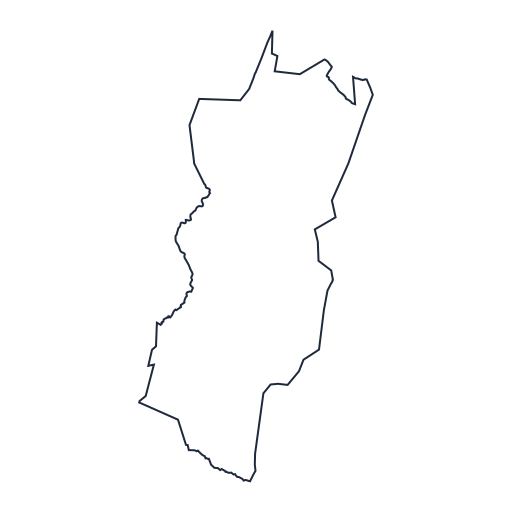 San Felipe Usila, Oaxaca, Mexico (Robinson projection)
{"feature_id": "50627088B9279782447433", "entity_name": "San Felipe Usila", "entity_type": "district", "adm_level": 2, "iso_a3": "MEX", "parent_name": "Mexico", "parent_adm1": "Oaxaca", "projection": "robinson", "projection_center": [-96.517, 17.82], "detail": "fine", "context": "isolated", "style": "outline", "palette": "slate", "viewbox_px": 512, "rotation_deg": 0, "n_neighbors": 0, "source": "geoboundaries", "source_scale": "gbopen_adm2", "svg_char_len": 4616}
<svg xmlns="http://www.w3.org/2000/svg" viewBox="0 0 512 512"><path d="M372.8,94.8L370.3,87.9L366.7,79.5L365.9,79.4L365.7,79.4L364.9,79.3L364.3,79.8L363.3,79.8L362.5,80.1L362.1,79.8L360.4,79.5L359.9,79.1L359.2,79.1L357.8,78.5L357.1,78.4L356.7,78.4L356.2,78.5L355.3,78.2L354.2,77.6L353.8,77.2L353.6,77.1L353.0,76.8L353.8,87.0L355.1,104.2L353.9,103.8L353.3,103.6L352.1,103.2L351.6,102.7L351.2,102.1L350.5,101.4L350.1,101.2L349.6,100.7L348.6,100.0L348.0,99.7L347.3,99.4L346.5,99.0L346.1,98.8L345.8,98.5L345.6,97.3L345.4,96.8L345.0,96.4L344.5,95.9L344.2,95.6L343.7,95.0L343.1,94.5L342.3,93.9L340.9,92.8L339.7,91.9L339.3,91.5L338.8,91.0L338.3,90.6L337.9,89.8L337.6,89.4L337.3,88.7L336.2,87.4L335.7,86.6L335.4,85.9L335.2,85.5L334.9,85.1L334.5,84.7L333.4,83.3L332.8,82.7L332.4,82.5L331.7,81.7L331.0,81.1L330.4,80.6L329.7,80.2L329.1,79.6L328.8,78.8L328.9,77.9L328.8,77.5L328.4,77.0L327.6,76.8L327.0,76.5L326.7,75.8L326.9,75.2L327.2,74.8L327.4,74.3L327.7,73.9L327.9,73.4L328.2,72.9L328.7,72.0L328.9,71.6L330.2,70.0L330.5,69.4L330.9,68.8L331.6,67.5L331.8,66.9L328.7,62.9L328.3,62.2L327.4,61.4L326.7,60.8L325.9,60.2L325.1,59.7L324.4,59.5L299.8,74.2L274.7,71.3L277.4,56.0L271.9,53.5L272.5,30.7L270.1,36.6L267.6,42.0L266.8,44.1L261.4,58.4L255.8,72.1L255.6,72.7L255.0,73.3L253.6,77.8L253.1,79.0L251.7,82.7L250.9,84.5L249.8,87.3L249.7,87.6L249.3,88.7L249.2,88.9L240.3,100.3L199.2,98.9L189.5,125.1L194.1,162.3L194.1,163.4L204.3,184.0L204.8,184.3L205.3,185.0L205.6,185.9L205.8,186.9L206.0,187.5L206.4,187.8L207.0,187.9L207.6,188.3L208.1,188.4L208.7,188.7L209.4,189.1L209.6,189.5L209.9,190.2L209.7,190.8L209.5,191.2L209.3,191.6L209.4,192.2L209.5,192.5L210.0,193.1L209.5,193.7L209.2,194.3L208.8,194.9L208.5,195.5L208.0,196.1L207.8,196.4L207.3,197.1L206.8,197.1L206.3,197.3L205.4,197.9L205.1,197.8L204.4,197.9L203.9,198.1L202.9,198.4L202.4,198.7L202.1,199.4L201.8,200.1L201.7,200.8L201.8,201.4L202.1,202.1L202.6,202.8L202.8,203.4L202.9,204.3L203.0,204.8L202.9,205.6L202.4,206.2L202.0,206.3L201.4,206.4L200.9,206.2L200.0,206.2L199.0,206.0L198.2,206.5L197.4,207.0L197.0,207.3L196.5,207.9L196.1,208.8L195.9,209.2L195.6,209.8L195.3,210.6L194.8,210.9L193.6,211.6L192.6,212.9L190.6,214.5L190.3,215.9L190.4,216.4L190.3,217.3L190.7,217.9L190.8,218.4L191.0,219.3L190.6,220.1L189.6,220.4L188.8,220.5L187.9,220.3L186.2,219.9L185.8,219.9L185.9,220.9L185.7,222.4L185.5,223.0L184.3,223.3L183.2,222.8L182.5,222.7L181.9,222.5L180.9,223.0L180.5,223.8L180.4,224.9L180.2,225.7L179.9,226.2L179.6,227.0L178.4,228.1L178.2,228.7L177.9,229.7L177.8,230.4L177.6,230.9L177.3,231.9L177.1,232.7L177.0,233.2L176.8,233.8L176.8,234.2L176.6,234.7L175.9,235.4L175.6,236.0L175.6,236.5L175.5,237.4L175.6,238.2L175.5,239.0L175.6,240.3L176.0,241.6L176.5,242.6L177.0,243.3L177.4,244.0L178.0,244.9L178.5,245.7L178.9,246.7L179.3,248.0L179.7,249.2L180.6,251.3L181.0,251.5L181.5,252.1L182.4,252.6L183.4,252.8L184.3,253.4L184.8,254.2L184.5,255.5L184.4,256.1L184.4,256.7L184.5,257.5L184.9,258.3L187.0,261.9L188.7,264.9L189.4,266.6L190.2,268.9L191.0,270.4L191.5,271.3L192.0,272.3L192.2,272.9L192.4,273.3L192.6,273.8L192.5,274.7L192.2,275.2L191.9,276.0L191.3,277.0L191.3,277.9L191.6,278.7L191.9,279.3L192.1,280.1L191.6,281.1L191.1,281.8L190.3,283.7L190.2,284.6L190.9,285.8L192.8,287.7L192.8,288.3L191.6,290.8L191.3,291.7L189.3,291.5L188.6,291.9L187.6,292.0L186.9,292.7L186.4,293.8L186.9,296.0L186.7,296.2L185.7,297.3L184.8,299.5L184.2,302.0L184.4,302.6L180.9,304.9L180.9,306.7L180.5,306.6L180.4,307.1L180.6,307.3L176.2,310.2L175.3,309.6L173.8,311.2L172.7,313.7L171.7,315.7L170.2,317.4L168.8,316.2L168.2,316.4L168.2,317.5L166.7,317.6L166.7,317.9L164.8,318.7L163.7,319.4L163.3,321.7L162.2,321.9L162.1,322.7L161.5,322.9L161.6,323.9L160.8,324.3L160.6,324.8L156.9,322.7L156.0,346.3L152.0,349.8L148.3,365.8L153.9,364.6L145.7,396.0L139.6,401.0L139.2,402.5L178.0,419.7L186.0,444.9L187.7,445.1L188.8,450.1L194.7,450.3L196.6,451.2L197.9,450.6L200.7,453.5L202.6,455.2L204.8,456.2L205.5,458.3L206.3,458.1L208.2,459.0L208.9,458.8L209.1,459.4L211.1,464.7L214.4,467.8L217.9,468.1L220.2,470.1L221.7,469.0L225.7,471.4L225.7,471.9L226.7,471.9L228.1,472.7L230.0,472.8L231.2,472.6L233.6,474.5L235.0,474.1L235.9,475.5L237.2,476.9L239.0,477.1L242.5,479.0L243.7,480.6L245.5,479.9L250.0,481.3L253.5,474.3L255.5,470.8L254.8,464.6L255.1,453.6L263.4,393.3L270.6,384.5L278.0,383.8L287.6,384.9L299.0,371.2L303.5,359.7L319.0,349.6L323.9,310.0L327.5,290.5L328.4,288.8L330.9,283.8L331.3,283.2L332.3,281.7L332.6,280.1L332.9,279.8L331.2,270.4L318.5,260.8L318.3,254.6L317.8,241.7L314.8,229.4L335.6,217.3L331.9,200.5L339.2,184.1L348.3,163.6L365.1,114.8L372.8,94.8Z" fill="none" stroke="#1e293b" stroke-width="2"/></svg>